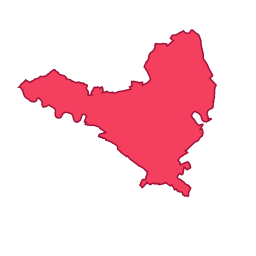 Blaj, Alba, Romania (Equal Earth projection), rotated 166°
{"feature_id": "2599482B66726389120043", "entity_name": "Blaj", "entity_type": "district", "adm_level": 2, "iso_a3": "ROU", "parent_name": "Romania", "parent_adm1": "Alba", "projection": "equal_earth", "projection_center": [23.921, 46.156], "detail": "fine", "context": "isolated", "style": "filled", "palette": "rose", "viewbox_px": 256, "rotation_deg": 166, "n_neighbors": 0, "source": "geoboundaries", "source_scale": "gbopen_adm2", "svg_char_len": 5807}
<svg xmlns="http://www.w3.org/2000/svg" viewBox="0 0 256 256"><g transform="rotate(166 128 128)"><path d="M81.1,203.0L81.6,202.3L82.0,201.2L81.6,201.2L82.4,199.5L83.8,197.6L84.8,197.1L85.1,196.7L86.0,196.2L87.7,195.7L89.1,194.6L89.5,194.2L90.8,191.6L91.2,190.6L91.7,189.8L92.5,188.8L93.1,188.5L94.0,187.4L94.4,187.6L97.5,183.4L97.1,182.8L96.4,180.1L96.0,179.8L94.6,173.4L94.4,170.2L95.1,169.0L97.5,167.7L97.9,167.2L103.5,166.1L102.8,168.8L104.9,169.3L105.6,168.7L106.1,168.5L106.2,169.0L107.2,170.1L108.4,170.5L111.4,172.0L111.8,171.7L112.8,171.8L113.2,172.2L113.6,170.3L113.9,170.0L113.7,167.9L116.5,167.7L116.0,164.9L118.0,165.1L123.7,165.1L128.0,165.5L132.8,165.0L134.2,166.5L134.8,166.1L135.4,166.6L136.6,166.4L138.8,167.5L139.4,168.7L141.7,168.2L141.7,168.4L144.2,168.5L143.6,169.0L143.3,169.9L143.3,170.5L143.0,171.7L143.0,173.9L144.6,174.1L144.8,173.9L144.8,173.7L145.6,173.2L146.1,174.0L147.5,175.2L148.0,174.9L148.8,175.1L149.2,175.2L149.4,175.2L149.6,174.9L150.3,175.2L150.3,175.4L150.6,175.6L151.1,175.5L151.5,175.2L152.4,174.1L152.9,173.0L154.4,172.3L155.4,170.2L154.9,169.0L154.9,168.7L157.4,169.4L158.2,169.3L158.8,169.7L158.7,170.4L158.0,171.3L157.9,173.4L158.5,175.0L158.9,175.4L158.9,175.6L158.8,175.8L158.9,176.8L157.6,178.3L157.5,178.9L157.3,179.2L157.3,179.4L157.7,179.8L159.9,181.3L160.1,181.9L160.6,182.5L161.0,182.1L161.5,182.2L162.6,183.1L162.8,183.0L163.1,183.2L163.0,183.4L164.0,184.1L164.4,184.0L164.7,184.3L165.2,184.5L167.6,184.7L168.8,185.4L170.9,187.2L171.3,187.2L171.7,188.1L172.2,188.7L176.1,190.8L176.2,191.1L175.7,191.9L177.2,194.1L181.6,196.6L182.1,197.5L182.3,199.0L183.4,199.6L184.2,200.7L184.9,202.1L185.7,202.6L190.0,200.9L190.8,200.2L192.5,199.7L194.6,198.6L195.3,198.4L197.2,198.4L199.8,198.9L200.4,199.3L200.8,199.2L201.6,198.6L203.0,198.1L204.4,197.8L205.2,197.8L206.3,198.1L206.8,198.0L207.7,197.3L208.9,196.8L209.7,196.9L210.9,196.4L211.5,195.8L212.9,196.6L215.6,199.4L219.3,196.9L220.7,196.7L221.4,195.8L223.9,194.0L222.8,193.8L222.2,192.5L221.0,189.3L221.1,187.0L220.7,183.8L219.4,181.7L217.4,179.9L216.4,178.1L215.7,177.3L212.9,176.1L211.4,176.1L210.1,176.8L209.1,178.3L208.1,178.7L207.1,178.4L205.5,175.5L205.2,173.9L205.7,171.6L205.7,170.2L205.3,169.0L204.8,168.7L203.5,168.6L202.0,168.7L200.1,169.3L199.0,169.2L195.3,165.5L194.5,164.5L194.1,162.4L195.2,159.6L195.4,157.8L195.3,156.6L194.8,155.6L193.2,154.6L192.1,154.4L190.9,154.4L190.1,154.9L188.1,157.2L186.8,158.1L185.6,158.3L183.8,158.1L180.6,156.3L179.3,155.1L178.5,153.3L178.7,150.1L178.4,148.3L177.7,146.9L176.3,146.0L175.4,146.0L173.6,146.5L172.3,147.2L169.2,152.0L168.4,152.2L167.3,151.9L166.3,151.0L165.4,149.3L167.1,147.2L168.8,144.4L167.1,143.4L167.9,142.9L168.6,141.8L163.8,139.7L162.9,139.4L162.1,139.4L160.5,138.9L155.9,136.1L155.6,135.7L155.3,134.2L152.4,131.4L150.6,129.0L152.3,128.8L152.6,128.8L153.0,129.2L153.6,129.0L157.1,128.8L158.1,128.0L158.6,126.9L157.9,126.5L157.1,126.4L157.1,125.8L156.9,125.6L155.3,125.3L155.1,124.9L155.2,124.3L155.0,124.1L153.6,124.0L152.8,123.4L152.6,123.1L152.5,122.5L152.1,121.9L152.3,121.6L151.5,121.3L148.1,118.8L146.8,117.6L146.2,116.8L145.1,115.9L143.2,114.0L142.5,112.3L142.9,111.7L143.1,110.5L143.0,109.8L140.4,105.9L140.5,105.8L136.2,100.6L135.2,101.0L133.4,97.2L127.6,90.1L126.5,88.5L125.7,88.0L123.4,86.0L121.8,83.8L120.9,82.1L119.7,80.9L120.3,80.0L120.5,78.9L121.0,78.0L122.4,76.2L123.1,74.1L123.7,74.0L124.8,74.1L125.8,74.4L126.4,74.4L128.4,72.3L129.1,71.0L130.1,70.0L130.2,69.5L129.6,69.3L128.9,66.8L127.9,67.0L123.4,70.0L123.1,71.0L122.9,71.0L122.9,70.3L122.4,69.7L119.9,67.6L118.9,68.0L118.0,68.5L116.8,68.1L115.9,67.4L114.8,67.3L114.0,66.9L113.4,66.8L111.8,66.9L112.0,65.8L111.4,65.6L109.7,65.4L106.2,65.4L105.1,66.1L101.7,62.6L101.3,61.8L100.9,61.6L100.4,61.6L99.2,62.2L98.3,59.4L97.7,56.7L96.1,57.1L95.0,54.4L91.5,52.8L90.9,52.4L90.9,50.2L89.4,48.2L88.4,48.5L88.2,48.4L86.9,47.6L86.5,47.1L85.6,47.8L85.4,48.3L85.1,49.7L85.0,50.5L82.1,54.1L81.7,54.5L82.1,55.2L82.1,55.4L82.7,56.7L83.2,57.6L85.8,59.9L86.3,60.6L86.8,61.9L88.9,64.3L89.2,64.9L90.0,65.6L91.4,66.3L91.7,66.8L92.0,67.2L92.0,68.6L91.7,69.1L90.8,69.8L89.8,71.2L89.3,71.3L88.7,71.2L87.5,69.7L85.9,70.1L83.0,76.5L80.8,73.2L76.9,74.3L76.7,77.0L77.1,78.7L78.2,80.8L80.7,80.5L86.0,79.5L86.1,79.9L85.9,79.9L85.9,82.0L87.3,84.6L86.4,85.3L85.5,86.3L84.3,87.0L82.8,87.7L82.1,87.7L79.8,88.7L78.2,89.0L76.1,89.7L76.4,90.2L77.3,91.1L77.3,91.5L77.9,91.8L78.0,92.2L77.1,92.5L76.5,92.3L75.5,92.8L74.6,93.6L73.8,94.0L73.5,94.3L66.2,98.3L65.1,98.3L63.2,98.7L62.2,99.5L61.2,100.6L60.3,101.3L57.5,102.5L57.5,103.6L57.3,104.5L56.4,104.8L56.2,108.8L58.6,108.9L58.6,109.2L57.7,109.1L57.5,109.6L57.0,110.4L54.6,113.0L54.6,113.6L59.0,113.5L60.5,116.5L62.0,120.8L62.3,120.7L63.6,124.5L61.1,127.3L59.6,127.8L58.0,127.2L55.7,124.9L54.1,122.3L54.3,120.1L53.9,117.3L51.8,115.4L49.7,115.0L46.0,116.2L45.0,116.6L45.2,117.1L46.5,117.3L48.0,116.7L47.6,119.1L48.2,122.9L47.8,123.1L47.1,124.0L46.5,125.4L44.8,126.2L40.8,127.2L40.7,128.0L40.1,128.7L40.1,129.2L39.3,130.9L39.2,131.7L38.9,132.4L38.5,132.8L38.6,133.0L38.3,133.4L38.4,134.2L37.7,135.3L37.2,135.9L37.2,136.4L36.6,137.2L36.4,138.9L36.1,139.5L35.4,141.1L35.4,142.7L34.4,144.4L34.4,144.9L33.8,146.4L32.5,147.6L32.1,148.4L36.6,156.4L33.3,158.3L33.3,159.1L34.3,163.1L35.0,165.1L35.7,169.9L36.2,171.8L36.4,172.2L36.8,173.5L37.8,176.0L38.0,177.7L38.0,178.3L37.2,180.9L37.1,184.9L37.1,188.8L36.9,191.3L36.2,195.3L36.6,199.5L36.8,200.6L37.5,202.1L38.7,203.1L41.7,207.4L43.0,207.7L45.3,205.5L47.0,205.3L49.1,206.4L49.5,206.7L50.7,208.9L51.5,208.5L53.0,208.3L53.4,208.0L54.9,208.0L54.9,207.6L58.8,206.8L62.7,207.2L65.1,204.8L62.9,201.8L64.4,201.2L68.7,198.8L70.3,198.2L70.5,198.7L70.1,199.9L70.2,200.2L70.5,200.4L71.5,200.6L73.1,201.4L75.7,201.5L77.3,202.0L78.2,202.1L78.6,202.4L80.0,203.1L81.1,203.0Z" fill="#f43f5e" stroke="#9f1239" stroke-width="1.5"/></g></svg>